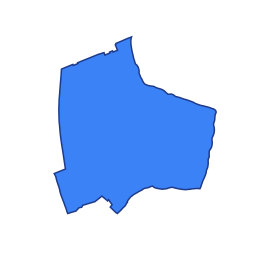 Mosman Park, Western Australia, Australia (Equal Earth projection), rotated 338°
{"feature_id": "25037944B67942507441975", "entity_name": "Mosman Park", "entity_type": "district", "adm_level": 2, "iso_a3": "AUS", "parent_name": "Australia", "parent_adm1": "Western Australia", "projection": "equal_earth", "projection_center": [115.768, -32.014], "detail": "fine", "context": "isolated", "style": "filled", "palette": "blue", "viewbox_px": 256, "rotation_deg": 338, "n_neighbors": 0, "source": "geoboundaries", "source_scale": "gbopen_adm2", "svg_char_len": 3382}
<svg xmlns="http://www.w3.org/2000/svg" viewBox="0 0 256 256"><g transform="rotate(338 128 128)"><path d="M42.5,142.6L42.7,144.4L42.8,146.5L42.4,148.5L42.1,151.7L41.9,154.9L41.8,157.7L41.1,161.6L40.8,164.4L40.7,166.1L40.7,168.3L40.6,170.7L40.6,173.4L40.4,176.7L40.4,179.5L40.1,182.3L40.1,184.7L45.7,185.2L48.7,185.5L52.3,183.8L52.5,183.6L55.5,184.1L56.1,183.5L57.0,182.7L60.0,183.0L63.8,183.3L66.3,183.6L68.0,183.7L69.3,183.9L69.8,183.9L71.5,183.4L73.0,183.0L73.8,182.7L74.7,182.5L76.0,182.1L77.4,181.6L78.3,181.4L81.8,188.0L83.1,187.1L84.5,193.2L81.9,194.7L85.2,202.1L86.2,203.3L86.5,203.1L89.0,202.2L91.0,201.4L92.7,200.5L96.4,199.0L97.2,198.4L98.4,197.3L99.6,196.8L99.7,196.0L101.4,194.7L102.3,194.2L103.3,193.7L104.2,193.0L105.4,192.7L106.9,192.3L108.0,191.9L109.4,191.7L111.3,191.4L112.2,191.4L113.1,191.2L114.0,191.0L115.2,190.9L117.6,190.7L119.1,190.3L120.4,190.2L121.9,190.3L123.8,190.8L125.7,190.9L127.2,190.8L129.0,191.1L129.4,191.8L130.0,192.9L131.4,194.2L134.0,195.9L136.7,197.5L138.8,198.1L141.3,198.8L142.7,198.8L144.7,199.0L146.0,199.3L147.8,200.1L148.8,201.1L149.3,201.4L149.7,201.6L151.3,202.8L153.9,204.4L155.6,205.4L157.0,206.1L158.4,206.8L160.0,207.2L161.1,207.6L162.0,207.9L164.5,208.4L166.6,209.1L168.6,209.6L170.4,210.4L170.9,210.8L172.1,211.2L173.0,210.3L177.8,204.8L179.0,203.8L182.1,200.7L183.7,198.7L185.0,196.5L186.8,194.7L187.3,194.1L188.3,192.4L189.2,190.7L190.0,188.4L191.1,186.5L191.7,186.0L191.9,185.9L192.0,185.8L192.3,185.5L194.2,180.8L195.2,179.2L196.5,178.6L198.3,177.0L199.5,175.3L200.8,172.8L201.4,170.4L202.4,168.5L203.8,167.3L203.9,167.2L204.1,167.0L204.3,166.8L204.4,166.6L205.7,165.2L206.6,163.7L207.6,161.7L207.9,160.4L208.2,159.4L208.3,158.2L208.6,156.9L209.2,155.8L209.8,155.1L210.7,154.0L211.5,152.9L212.1,151.6L212.7,150.3L213.7,148.5L214.3,147.8L215.0,147.2L215.6,146.4L215.9,145.1L215.5,143.8L214.3,142.2L212.8,141.1L211.8,140.0L209.9,138.5L206.8,136.2L205.9,135.6L205.0,135.0L203.1,133.6L201.4,132.1L199.5,130.3L198.2,128.6L195.0,125.6L194.0,124.8L192.2,123.2L190.8,122.3L190.1,121.6L189.1,120.7L186.7,118.6L184.3,116.9L183.5,116.0L182.5,114.2L181.0,112.8L179.2,112.2L177.8,111.7L176.8,109.9L176.3,108.8L175.8,107.6L175.7,107.4L174.1,105.2L172.4,103.7L170.2,102.0L169.0,100.9L167.5,99.1L164.7,97.5L162.1,95.8L161.0,94.5L160.1,93.7L159.7,92.8L159.2,90.0L159.2,88.5L159.0,87.3L158.8,85.5L158.8,83.7L158.8,81.8L159.1,80.5L159.3,80.1L159.9,78.6L160.1,76.9L160.2,75.1L160.0,74.1L159.7,72.7L159.2,72.1L159.0,71.5L159.0,71.1L159.0,69.9L159.2,68.1L159.3,66.1L159.7,63.4L160.2,60.6L160.3,59.4L160.8,56.9L161.5,53.8L162.2,51.1L162.3,50.9L162.5,50.2L162.8,49.6L163.3,48.1L164.6,45.9L165.4,44.9L161.1,44.8L160.5,44.8L154.1,45.0L148.4,45.1L148.3,45.3L148.3,45.5L148.2,45.6L148.1,45.8L148.0,46.0L147.9,46.0L147.6,46.2L147.4,46.2L147.4,52.0L142.6,52.0L142.6,50.7L139.4,50.7L139.4,51.7L133.9,51.7L134.0,49.1L132.1,49.0L132.1,48.9L130.3,48.9L129.7,48.8L129.1,48.6L126.7,48.6L125.9,48.6L114.3,48.6L113.7,48.6L113.1,48.6L105.8,48.6L105.8,49.5L100.7,49.5L100.7,48.4L97.8,48.4L97.2,48.4L96.6,48.4L94.5,48.4L92.5,48.4L88.3,48.5L88.1,49.0L85.7,54.1L82.5,60.4L79.4,66.6L74.8,75.9L74.5,76.4L74.2,77.2L72.0,82.2L70.5,85.6L70.4,86.1L69.2,89.1L67.4,93.9L66.7,95.8L66.0,98.2L65.1,101.2L63.6,106.0L63.4,106.7L62.0,111.7L60.6,117.3L58.7,125.6L54.9,141.4L54.7,142.6L47.7,142.6L45.2,142.6L42.5,142.6Z" fill="#3b82f6" stroke="#1e3a8a" stroke-width="1.5"/></g></svg>